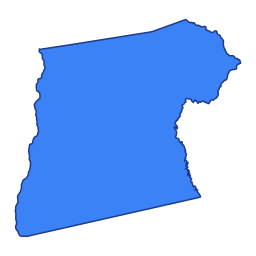 the district of Lagoa da Confusão, Tocantins, Brazil
{"feature_id": "56859067B90547454880809", "entity_name": "Lagoa da Confusão", "entity_type": "district", "adm_level": 2, "iso_a3": "BRA", "parent_name": "Brazil", "parent_adm1": "Tocantins", "projection": "natural_earth1", "projection_center": [-49.967, -11.048], "detail": "fine", "context": "isolated", "style": "filled", "palette": "blue", "viewbox_px": 256, "rotation_deg": 0, "n_neighbors": 0, "source": "geoboundaries", "source_scale": "gbopen_adm2", "svg_char_len": 5787}
<svg xmlns="http://www.w3.org/2000/svg" viewBox="0 0 256 256"><path d="M185.8,19.5L152.5,31.5L151.0,31.9L67.5,45.2L39.8,49.4L39.4,49.1L39.2,51.0L39.5,52.0L40.3,52.8L40.9,53.0L41.4,53.3L41.8,53.8L42.1,54.5L42.4,55.7L42.3,57.2L42.4,58.2L42.8,59.2L43.6,60.2L44.0,61.3L44.2,62.5L43.9,63.9L44.2,65.4L44.6,66.1L45.0,67.3L45.1,68.2L44.6,69.2L44.1,69.7L43.6,71.3L43.4,72.0L42.3,73.5L41.6,75.1L41.5,77.4L41.1,78.2L40.5,78.6L38.6,78.8L37.9,79.7L38.0,82.0L37.7,82.6L37.3,83.0L36.7,83.9L36.2,85.6L36.3,86.5L36.3,87.4L36.7,90.6L37.1,91.1L38.5,91.7L39.1,92.3L40.0,94.4L39.9,96.1L40.0,96.9L39.9,98.1L39.1,98.9L38.1,99.6L37.6,100.4L36.7,101.0L36.2,101.6L35.3,103.0L34.8,103.6L34.3,104.4L34.4,105.4L34.7,106.5L35.0,108.4L36.1,110.6L36.4,112.1L35.7,114.7L36.3,116.4L36.6,117.9L36.9,118.7L36.6,119.6L36.8,120.4L37.1,121.5L37.1,122.4L36.9,123.4L37.0,124.7L37.3,125.8L38.0,126.9L38.4,131.1L38.4,131.9L37.8,132.9L37.7,134.1L37.5,134.7L37.1,135.4L36.6,136.0L34.8,137.0L34.3,137.4L34.0,137.9L33.6,138.6L33.1,140.1L32.6,142.6L32.4,143.2L31.8,143.9L30.0,144.2L29.4,145.5L29.3,147.4L28.8,148.8L28.8,150.5L28.8,151.8L29.0,153.3L29.6,156.2L29.2,158.7L29.3,159.4L29.7,160.5L30.5,161.8L30.6,162.5L30.4,164.8L30.3,167.0L29.7,169.9L29.5,170.5L28.6,171.9L28.3,173.4L28.3,174.5L27.7,176.1L26.3,178.0L25.0,178.9L23.9,179.5L23.2,180.0L22.9,181.1L21.4,184.8L21.4,185.8L21.6,187.6L20.5,191.2L20.0,192.3L18.0,195.2L17.7,195.8L17.5,197.7L17.8,198.6L17.9,200.1L18.0,201.6L17.8,202.7L16.2,205.5L15.8,206.5L15.7,208.6L15.4,210.5L15.4,211.6L15.7,212.7L15.9,213.9L15.8,219.4L16.2,220.2L16.6,222.0L16.5,223.8L16.1,225.3L15.7,226.0L15.6,226.9L15.9,228.6L16.8,230.2L17.8,231.3L18.5,233.2L19.2,234.7L19.9,235.6L21.1,236.2L22.5,236.2L23.4,236.1L23.9,236.3L24.7,236.1L26.0,236.5L27.6,236.2L28.5,236.2L29.3,235.8L199.6,197.3L200.4,197.0L200.2,195.9L199.8,195.0L199.4,194.4L197.1,191.5L197.5,190.8L197.6,190.0L196.8,189.4L196.2,189.5L195.7,190.0L195.2,190.2L194.9,189.7L195.2,189.1L195.8,188.6L196.0,187.9L195.7,187.2L195.3,186.5L194.8,186.1L194.2,186.1L193.2,186.6L193.0,185.4L192.2,183.7L192.1,183.0L192.0,182.0L191.1,182.0L190.6,181.4L191.0,179.9L191.4,179.4L191.6,178.8L190.0,177.4L190.1,176.7L190.5,176.0L189.9,175.5L189.4,175.7L189.3,175.0L189.6,174.5L189.8,173.8L189.6,173.2L189.0,173.2L188.5,173.6L188.4,174.3L188.4,175.2L187.8,175.3L187.7,174.3L188.0,173.5L188.3,172.8L188.9,172.4L189.1,171.8L188.6,171.3L189.0,170.6L188.3,169.9L187.1,169.0L185.8,168.8L186.9,167.8L187.5,167.5L187.8,167.1L187.1,166.8L186.4,166.7L185.9,166.5L186.2,165.9L186.9,165.7L187.4,164.9L187.5,164.2L187.1,163.8L186.5,163.9L185.9,163.9L186.1,163.3L187.4,163.2L188.0,162.9L187.6,162.4L187.0,162.0L186.7,161.2L185.9,160.4L185.3,160.1L184.7,160.8L184.6,160.2L184.8,159.6L185.2,159.0L185.8,158.5L185.4,157.8L185.4,157.1L185.9,156.6L186.1,155.2L186.4,154.6L186.3,153.9L185.1,151.9L185.0,151.2L185.6,151.0L185.3,150.3L185.2,149.4L184.9,148.5L184.4,147.7L184.4,146.9L184.2,146.2L183.5,145.8L183.2,145.0L182.8,144.7L182.2,144.8L182.1,144.2L182.2,142.5L182.1,142.0L181.6,141.7L180.7,142.7L180.2,142.3L179.8,141.7L179.2,141.3L179.0,140.4L179.0,139.4L178.3,138.6L177.6,138.3L176.0,137.8L175.5,137.4L175.5,136.8L175.9,136.1L176.2,135.5L176.1,134.6L176.3,133.9L176.7,133.5L176.7,132.9L176.2,131.0L175.8,130.0L174.8,128.7L174.4,128.0L174.3,127.0L175.0,126.8L175.5,127.3L176.3,127.3L176.4,128.2L177.1,128.7L177.4,128.0L177.4,127.3L177.2,126.7L176.5,125.4L175.4,124.1L175.2,123.6L175.2,122.9L175.7,122.3L176.0,121.7L176.2,120.5L176.6,120.3L177.4,120.2L178.0,119.4L178.2,117.9L179.4,117.4L179.8,116.7L180.1,115.8L180.2,114.9L179.9,114.0L180.2,113.3L180.7,113.1L181.2,112.3L181.3,111.3L181.8,110.8L182.4,108.6L182.9,108.0L182.7,106.7L182.1,106.2L182.1,105.6L182.5,104.8L183.3,104.5L184.0,104.0L184.3,103.1L184.7,102.6L185.4,102.3L185.9,101.8L185.8,101.0L185.3,99.9L185.6,99.2L186.4,98.5L187.1,98.8L188.4,98.7L189.2,99.0L190.1,99.0L191.2,99.5L191.8,101.1L193.3,102.4L193.7,101.5L194.6,101.1L194.5,100.5L194.9,99.9L195.5,100.1L196.1,100.4L196.3,101.0L196.6,101.6L197.1,101.9L197.5,102.7L197.9,103.3L198.4,103.1L198.9,101.7L200.7,102.2L201.2,101.6L201.9,101.6L202.5,101.0L203.2,101.1L203.6,101.6L204.2,101.7L204.8,102.0L205.3,102.4L205.9,102.7L206.5,102.3L207.6,103.2L208.2,103.6L209.0,103.4L209.3,102.8L210.1,101.4L210.4,100.5L211.9,99.9L213.1,100.2L214.2,99.2L216.3,98.0L217.6,96.2L218.1,95.3L218.3,94.6L218.0,91.6L218.1,90.9L218.4,90.1L218.9,89.4L219.3,88.8L219.1,88.0L220.0,86.8L220.7,86.8L221.1,86.2L220.7,85.4L220.9,84.2L221.3,83.5L221.8,83.2L222.8,82.1L223.8,81.2L224.6,80.1L225.4,80.3L226.3,79.7L226.7,79.2L227.1,78.1L227.2,76.9L227.7,75.7L227.7,74.8L227.8,74.2L228.1,73.5L229.1,72.1L229.4,71.4L230.0,70.5L231.8,69.8L233.9,69.4L234.7,69.5L235.3,69.4L235.8,69.1L236.4,68.7L236.7,68.1L236.5,66.4L236.8,65.5L237.1,64.9L237.8,64.3L238.6,64.1L239.9,63.4L240.6,63.1L240.1,61.2L239.6,59.9L238.9,60.0L238.5,59.7L237.6,58.6L235.5,58.4L234.9,57.8L234.4,56.8L233.7,56.2L233.0,55.7L232.3,55.7L231.6,55.8L230.7,55.7L229.2,55.6L228.6,54.9L227.4,53.8L226.4,53.0L226.0,51.5L225.6,51.1L225.1,50.2L225.0,49.2L224.6,48.7L223.9,47.4L223.7,46.3L223.3,45.6L223.4,44.8L223.4,43.4L223.3,42.3L223.5,41.6L223.5,40.9L222.3,38.9L221.8,38.3L221.2,38.0L220.8,37.5L220.2,35.6L219.5,35.1L218.8,34.8L218.2,34.7L217.6,34.2L217.0,33.2L217.0,32.0L216.4,31.1L214.6,30.9L213.5,32.2L212.2,32.5L210.6,32.1L210.1,31.6L209.4,31.1L208.4,30.9L207.5,30.2L207.0,30.5L206.2,29.9L205.9,29.2L205.9,28.6L206.1,28.0L205.9,27.3L205.3,26.5L204.1,26.4L202.7,27.0L202.1,27.0L201.4,26.9L200.6,26.1L200.1,26.2L199.7,26.0L199.1,25.6L198.4,25.2L197.9,25.2L197.1,25.5L196.5,25.5L195.8,24.9L195.4,24.2L194.7,24.0L194.4,23.1L193.8,22.8L193.0,23.1L192.4,22.7L191.6,22.6L191.1,22.3L190.5,22.6L189.2,22.4L185.8,19.5ZM188.6,171.3L187.8,171.4L187.6,170.7L188.1,170.7L188.6,171.3Z" fill="#3b82f6" stroke="#1e3a8a" stroke-width="1.5"/></svg>